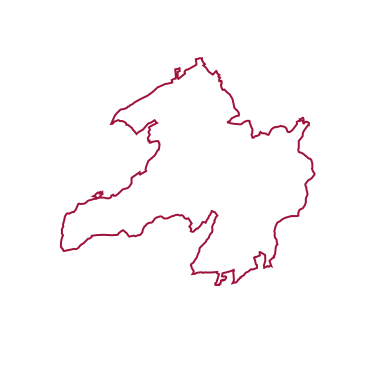 the district of Romanasi, Salaj, Romania, rotated 312°
{"feature_id": "2599482B65987925441026", "entity_name": "Romanasi", "entity_type": "district", "adm_level": 2, "iso_a3": "ROU", "parent_name": "Romania", "parent_adm1": "Salaj", "projection": "natural_earth1", "projection_center": [23.168, 47.11], "detail": "fine", "context": "isolated", "style": "outline", "palette": "rose", "viewbox_px": 384, "rotation_deg": 312, "n_neighbors": 0, "source": "geoboundaries", "source_scale": "gbopen_adm2", "svg_char_len": 6105}
<svg xmlns="http://www.w3.org/2000/svg" viewBox="0 0 384 384"><g transform="rotate(312 192 192)"><path d="M293.5,262.6L295.6,259.3L295.8,257.6L295.1,256.7L295.0,255.8L294.8,249.0L294.2,246.6L293.4,245.5L293.3,244.4L294.5,242.7L296.7,241.4L301.4,237.2L307.4,236.9L309.9,235.0L312.4,234.2L319.4,233.5L319.8,234.1L321.6,232.6L321.0,230.6L320.2,229.4L318.6,229.0L318.1,229.4L317.7,229.2L317.6,228.6L318.1,228.2L318.8,226.6L319.5,227.3L320.4,226.6L321.4,225.0L321.3,224.6L319.2,224.2L318.3,223.5L317.9,224.7L317.2,224.9L316.8,224.6L316.8,223.9L314.2,223.0L312.6,224.6L304.9,225.2L301.9,224.5L301.0,223.5L300.8,222.6L302.4,219.6L302.4,217.1L300.5,213.8L296.6,211.4L295.6,210.1L293.1,209.3L291.4,209.2L285.7,210.6L285.0,209.5L284.8,207.9L284.1,206.6L282.5,204.7L282.4,202.7L280.7,203.0L279.8,203.8L277.5,203.0L276.0,201.8L274.9,201.4L274.0,201.6L272.8,200.7L274.5,197.8L276.4,197.3L277.1,196.3L278.4,195.7L279.2,194.7L280.4,191.5L281.0,190.8L282.1,188.4L283.2,187.6L283.3,187.1L282.0,185.5L279.6,184.1L275.0,183.1L271.2,178.2L268.7,174.3L267.7,172.1L268.1,171.7L270.4,172.7L271.8,172.2L273.6,172.3L278.3,174.2L279.9,175.6L280.8,175.3L282.2,173.6L282.9,170.4L282.6,169.4L283.1,166.9L287.4,161.1L288.3,159.5L289.8,154.6L289.5,151.9L289.8,147.5L288.4,146.5L289.3,144.2L290.8,141.9L292.2,141.7L292.5,141.0L293.1,140.8L293.2,140.4L294.1,139.9L294.1,139.3L292.6,138.1L293.7,136.9L295.8,136.3L295.3,135.2L295.4,134.4L296.5,133.8L297.3,134.0L297.0,131.5L298.1,129.8L298.1,129.0L293.2,128.9L292.6,123.9L293.8,119.0L293.6,115.7L295.6,116.1L295.8,115.2L295.7,114.0L296.6,111.4L298.0,109.9L297.3,109.5L296.8,108.3L295.2,107.5L293.2,106.0L290.8,108.9L289.4,110.1L280.0,106.9L279.5,106.2L277.9,105.7L276.1,106.2L275.4,107.6L267.4,106.3L267.0,106.2L267.5,104.8L271.6,101.0L273.7,101.9L275.6,99.9L273.8,99.0L271.9,97.5L266.4,103.4L265.3,103.9L265.2,103.5L261.6,102.0L260.2,104.1L255.9,101.2L254.7,100.0L246.6,96.4L239.8,95.8L234.1,94.6L227.0,91.7L220.3,89.4L217.5,89.0L215.0,88.0L213.4,87.9L212.4,87.2L210.6,87.2L207.8,85.6L205.4,83.7L199.4,83.4L196.9,83.6L188.5,86.4L189.6,87.4L192.0,87.1L195.9,89.0L196.3,89.6L196.5,91.1L197.2,91.6L198.4,93.3L199.1,96.6L198.0,98.3L199.0,99.1L199.4,104.4L198.6,107.1L198.7,108.0L198.0,112.0L200.4,112.1L205.6,113.8L213.4,113.6L215.9,115.0L220.3,116.2L219.8,119.1L219.9,119.8L212.8,117.1L211.2,116.8L210.1,119.1L207.6,119.5L207.0,120.1L206.6,121.8L206.2,122.3L202.4,123.1L200.8,125.5L201.7,126.0L200.4,127.4L201.5,128.0L201.3,128.4L203.1,129.2L206.6,132.0L207.2,133.0L206.5,134.2L206.5,135.0L205.7,135.4L205.4,136.3L201.2,139.0L200.2,138.5L194.4,139.9L185.8,138.8L180.1,141.0L177.5,142.5L176.9,143.9L170.2,141.7L170.2,141.3L171.7,139.9L162.1,137.6L157.9,141.3L153.9,141.8L151.8,141.5L147.6,138.8L141.0,138.3L138.1,137.7L136.9,136.4L137.2,135.2L135.8,134.6L135.2,134.5L134.5,135.2L132.9,135.1L131.6,134.4L130.1,132.6L129.0,130.5L126.3,127.3L125.4,126.7L129.3,126.5L130.4,127.0L132.0,125.3L129.3,124.3L130.2,123.7L128.6,122.7L128.4,122.3L125.7,122.0L124.7,122.2L122.8,121.5L123.8,123.3L124.2,125.0L123.5,125.6L122.7,125.3L121.8,124.2L116.5,120.9L115.6,120.5L112.2,120.2L111.1,119.6L109.2,117.9L108.3,116.9L108.0,116.0L107.0,115.5L101.3,117.4L98.3,117.6L97.7,117.4L97.2,116.6L93.5,115.1L93.2,114.1L91.9,113.4L88.5,114.0L86.7,115.3L81.3,118.0L80.1,119.6L78.6,119.8L76.8,120.5L75.8,121.7L74.2,122.9L73.5,125.1L70.3,126.3L67.3,128.1L64.2,130.6L63.8,131.6L63.2,131.8L63.1,134.2L62.5,135.1L62.4,136.3L70.9,142.5L71.8,144.0L74.0,144.9L78.1,144.7L81.3,145.7L87.5,146.0L89.1,147.1L91.1,147.5L92.4,146.8L96.7,150.5L101.1,155.0L106.2,161.3L110.0,165.0L110.8,165.5L112.3,165.1L115.9,165.7L117.5,166.4L117.7,170.9L116.8,174.8L117.0,175.3L120.6,177.9L121.2,179.5L123.9,180.9L125.2,182.1L126.1,182.3L129.0,182.0L131.0,180.7L134.6,179.7L135.4,180.0L137.8,179.9L140.0,180.5L142.1,182.3L143.3,182.8L147.2,182.2L149.1,182.6L152.5,184.6L153.4,185.7L153.6,186.5L153.5,187.8L153.8,189.1L155.0,190.5L156.2,191.5L160.6,193.3L161.3,194.0L163.2,194.8L165.3,196.3L166.6,198.9L167.7,199.6L168.1,200.3L168.3,201.6L167.7,203.6L168.1,205.7L170.0,206.9L168.4,212.8L164.5,213.2L164.2,216.1L162.0,217.3L162.7,219.0L163.6,219.6L167.8,219.8L168.5,220.7L173.1,220.8L176.7,220.0L177.8,221.3L178.3,222.7L181.2,221.8L183.8,221.5L185.5,220.7L186.5,220.8L190.3,219.9L191.0,219.4L191.5,220.4L191.6,221.2L192.3,222.7L191.4,226.7L189.0,226.6L186.9,227.6L185.6,227.7L185.2,228.6L184.5,229.0L182.3,229.3L180.0,230.1L178.9,230.9L177.2,232.9L175.5,233.8L172.1,233.9L169.2,235.1L165.9,235.0L164.6,235.6L155.7,235.2L154.4,235.8L152.9,237.1L149.6,238.0L146.1,239.5L143.8,239.6L140.5,240.3L137.9,239.7L137.3,239.9L136.5,240.5L136.2,241.6L135.3,242.9L134.3,246.3L132.9,247.1L131.4,247.3L133.4,249.1L135.0,249.5L137.7,251.8L138.9,253.1L139.5,254.5L141.2,255.5L141.7,256.5L146.0,261.1L149.4,264.1L148.4,264.7L148.9,267.1L141.6,270.5L140.3,270.7L139.6,270.4L138.6,271.6L141.1,274.5L142.2,273.9L142.9,274.6L145.4,272.9L146.7,274.0L146.8,273.4L147.5,273.7L148.6,275.2L150.7,274.9L151.7,274.2L151.6,273.1L150.1,271.8L149.4,270.7L152.0,269.1L159.0,273.7L162.0,275.1L161.4,275.9L160.7,275.7L155.1,281.6L153.9,282.5L151.5,283.2L153.3,284.2L153.9,285.1L155.8,285.4L157.6,285.0L158.7,285.4L159.8,285.0L160.8,285.6L161.2,285.1L165.1,286.3L165.9,285.9L168.1,286.0L170.7,287.1L174.0,287.5L175.0,289.0L179.1,291.1L181.2,289.1L181.0,288.4L181.3,287.4L183.0,285.2L184.7,282.1L186.2,282.5L186.3,283.0L190.2,284.9L192.5,282.5L192.9,282.9L193.3,284.2L194.1,288.5L189.7,292.7L185.6,294.5L184.0,296.4L186.0,297.3L187.3,297.5L187.9,299.1L189.6,299.4L190.0,300.6L192.6,295.7L196.3,296.0L198.4,296.8L198.8,296.6L198.9,295.7L201.3,295.4L207.3,291.0L209.0,290.4L210.2,290.6L211.1,289.0L212.9,287.1L213.4,285.9L213.6,284.3L215.0,282.4L216.7,281.2L218.0,279.4L222.6,277.0L226.5,275.9L229.2,277.0L231.4,277.2L234.8,278.3L240.7,282.0L244.3,286.1L245.6,286.9L247.3,285.1L250.7,283.8L254.0,285.2L257.9,284.7L260.7,283.4L262.4,281.7L263.7,280.8L267.5,279.5L269.3,277.3L270.3,275.5L272.0,273.9L272.3,272.6L273.6,271.0L278.7,270.5L280.6,271.4L283.2,271.7L287.0,271.3L287.7,270.8L288.2,268.4L289.5,265.6L290.3,265.4L293.5,262.6Z" fill="none" stroke="#9f1239" stroke-width="2"/></g></svg>